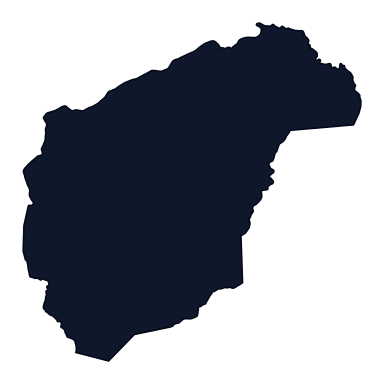 outline of Esquipulas del Norte, Olancho, Honduras
{"feature_id": "27666195B82865348656076", "entity_name": "Esquipulas del Norte", "entity_type": "district", "adm_level": 2, "iso_a3": "HND", "parent_name": "Honduras", "parent_adm1": "Olancho", "projection": "albers", "projection_center": [-86.526, 15.273], "detail": "fine", "context": "isolated", "style": "filled", "palette": "ink", "viewbox_px": 384, "rotation_deg": 0, "n_neighbors": 0, "source": "geoboundaries", "source_scale": "gbopen_adm2", "svg_char_len": 5768}
<svg xmlns="http://www.w3.org/2000/svg" viewBox="0 0 384 384"><path d="M242.6,282.7L241.0,235.5L241.9,235.3L245.2,233.3L246.2,232.1L249.1,227.8L249.7,225.6L250.0,223.8L249.8,221.9L249.2,220.2L249.2,219.0L250.3,217.4L251.1,214.7L252.0,213.6L253.3,211.4L253.1,210.1L252.5,208.7L252.8,207.2L253.6,205.7L254.0,205.4L255.1,205.0L256.4,204.1L258.7,201.8L260.3,200.0L260.8,199.3L261.6,197.6L261.8,196.5L261.8,195.1L261.4,192.1L261.7,190.6L262.5,190.3L266.2,189.9L267.6,189.5L267.8,188.8L267.9,187.3L268.2,186.3L270.0,184.9L272.6,183.7L273.3,182.7L273.4,181.6L272.7,180.4L271.3,178.7L269.5,177.1L269.1,176.3L269.6,175.6L272.6,173.3L273.6,172.3L273.9,171.6L273.9,170.9L273.6,170.3L273.1,169.7L272.5,169.4L271.6,169.1L270.2,167.9L269.5,165.7L268.9,165.1L268.7,164.3L269.2,163.3L270.0,162.1L272.3,161.1L273.0,160.4L274.2,157.1L274.5,155.4L275.1,153.3L276.8,151.3L278.8,145.4L279.3,144.3L279.9,143.6L282.1,142.3L284.5,140.0L285.6,138.1L286.8,135.5L288.4,133.7L289.2,132.4L289.6,131.5L289.8,130.4L353.5,124.9L358.6,114.1L359.2,112.2L360.7,106.7L360.9,104.2L360.9,100.4L359.9,97.7L359.8,95.6L359.6,94.9L358.0,93.1L355.4,91.1L354.5,89.8L354.5,88.9L355.0,86.9L355.5,85.8L355.5,85.2L353.9,83.2L353.3,81.4L352.6,80.1L353.0,78.2L352.8,76.5L350.5,72.7L347.4,70.5L345.1,68.3L344.8,67.7L344.5,66.1L344.2,65.6L343.7,65.4L342.9,65.5L342.4,65.3L341.4,63.8L340.9,63.6L340.3,63.6L340.0,64.3L339.9,65.6L339.7,66.2L339.6,67.5L339.4,68.5L338.8,68.9L337.4,69.0L336.5,68.7L335.6,67.5L334.8,67.1L334.2,67.1L332.6,67.9L332.0,67.7L331.5,66.9L330.8,64.4L330.5,63.9L330.0,63.6L329.0,63.6L325.8,64.4L324.0,64.2L321.7,63.5L320.1,63.9L319.7,63.8L319.6,63.5L319.6,63.1L320.3,61.5L320.4,60.7L320.4,60.2L320.1,59.7L319.5,59.3L318.8,59.3L318.1,59.6L317.3,60.3L316.8,60.4L316.0,60.2L315.6,59.6L315.7,58.4L317.0,56.7L317.3,56.1L317.2,54.1L316.9,52.6L315.1,51.0L313.5,49.7L311.4,48.3L310.1,47.7L309.4,47.2L309.4,46.8L310.2,46.2L310.0,45.1L308.3,44.1L308.0,43.5L308.8,41.1L308.7,40.0L307.8,38.7L305.9,36.8L305.1,36.2L303.7,32.3L303.2,31.5L302.5,30.9L300.7,30.6L299.3,30.7L295.1,30.5L293.8,29.9L292.3,29.7L291.5,29.2L289.8,29.0L288.3,28.0L286.6,28.7L286.0,28.7L284.8,28.0L283.9,27.2L282.6,26.4L282.1,26.3L281.8,26.4L279.9,28.1L278.7,28.0L277.8,27.6L276.7,26.8L275.3,26.3L274.5,25.7L273.8,24.8L273.1,24.4L272.4,24.5L271.2,25.7L270.4,26.0L269.3,26.1L265.1,25.8L263.7,25.3L260.1,23.2L259.6,23.0L258.5,23.2L257.3,23.5L256.7,23.8L256.4,24.4L256.4,25.0L256.9,25.6L258.4,26.3L260.3,27.5L261.0,28.4L261.2,29.6L261.1,31.9L260.7,33.3L260.2,34.2L259.2,35.4L257.2,36.9L255.9,37.4L253.2,37.6L248.9,37.3L246.9,37.4L244.6,37.7L241.0,39.0L239.8,39.7L238.8,40.7L237.5,43.0L236.9,43.9L235.0,45.2L233.8,46.3L232.8,46.8L232.4,47.7L231.8,48.2L230.9,48.1L229.7,47.5L228.6,47.2L227.4,47.5L225.8,48.3L224.8,48.5L222.8,47.8L220.5,47.7L220.0,47.3L218.9,45.3L217.9,44.0L215.3,41.7L214.2,41.1L213.2,40.9L212.1,40.9L210.3,41.3L208.4,42.1L206.5,42.8L204.1,43.9L199.3,47.3L196.0,50.2L194.3,51.3L190.2,53.1L187.7,54.1L184.1,55.9L180.7,57.4L178.5,58.7L175.4,59.6L174.1,60.1L173.0,61.0L172.2,61.8L169.3,66.7L168.4,68.1L167.6,68.8L164.5,70.0L162.4,71.0L160.3,71.3L153.8,70.4L152.3,70.5L151.4,70.6L146.6,73.4L143.6,74.8L142.2,75.7L140.0,76.7L138.1,78.0L135.6,78.9L132.5,79.6L126.8,81.8L124.6,82.8L119.3,86.0L115.4,88.9L111.7,90.4L109.5,91.2L108.6,91.7L107.9,92.5L104.8,97.4L100.3,101.2L98.2,103.2L93.9,105.7L90.6,107.2L89.2,107.5L83.4,110.7L82.4,110.9L76.4,109.9L74.6,110.1L72.4,110.9L71.8,110.8L69.9,109.4L68.9,108.8L67.9,107.8L65.9,106.2L65.3,105.9L64.6,105.9L62.1,106.6L61.0,107.2L59.5,108.3L57.3,109.3L54.7,110.7L47.7,112.8L46.0,113.8L45.5,114.6L45.4,115.1L44.8,115.6L43.8,116.8L43.5,117.5L43.6,118.6L46.2,123.0L46.6,124.1L46.7,124.8L46.5,125.9L45.4,129.3L45.8,133.4L45.4,135.3L45.2,139.7L44.6,141.7L43.6,143.9L43.2,145.2L41.8,147.9L41.4,149.0L41.5,149.9L42.3,152.4L42.4,153.3L42.3,154.1L41.9,154.7L41.1,155.2L38.0,156.0L37.3,156.4L30.7,162.1L28.4,164.3L24.8,168.2L23.9,169.6L23.4,170.9L23.5,172.6L24.4,174.9L24.8,177.1L25.2,178.1L25.8,180.1L26.7,182.1L27.2,184.3L29.1,188.0L29.5,189.4L29.7,191.3L29.4,193.2L29.4,195.6L30.8,198.7L32.4,201.2L33.4,202.3L33.5,203.3L32.4,204.9L31.9,205.3L31.4,205.4L29.7,205.3L29.0,205.3L28.3,205.9L23.9,225.5L23.1,251.1L25.4,259.8L26.5,260.8L27.0,261.4L27.5,263.6L27.9,266.3L28.3,269.9L28.8,271.4L29.4,274.9L29.8,276.2L30.2,276.8L30.6,277.0L32.7,277.5L34.8,278.4L36.9,278.2L37.6,278.3L40.5,280.0L41.0,280.0L42.8,278.9L43.4,278.8L45.2,280.1L46.3,280.1L47.2,280.5L47.9,281.0L48.3,281.6L48.9,283.4L48.9,284.6L48.7,285.2L47.2,286.1L46.9,286.6L46.7,287.1L46.9,287.9L47.8,289.0L48.0,289.8L47.7,290.2L46.3,290.7L46.0,291.3L46.0,292.3L46.4,294.7L46.4,295.3L45.6,297.3L45.5,299.9L44.7,301.8L43.9,304.2L43.7,305.7L43.3,306.7L43.3,307.5L43.6,308.5L44.2,309.3L45.2,309.8L45.5,310.5L45.5,311.3L45.6,311.6L47.6,312.6L48.1,313.4L48.8,314.0L50.8,315.3L51.9,315.5L53.1,316.3L55.8,318.8L56.9,320.3L57.5,321.5L58.0,321.7L60.4,321.4L60.9,322.2L61.5,323.9L61.5,324.4L60.8,326.2L61.1,327.5L62.0,327.8L62.7,328.2L64.6,330.0L64.8,330.5L65.2,332.9L66.2,334.3L67.0,336.8L68.0,337.3L72.7,339.0L74.7,340.6L75.8,344.6L76.3,347.8L76.3,350.7L75.7,352.5L108.6,361.0L134.4,334.5L170.1,327.1L172.7,326.2L173.7,324.7L174.3,324.3L176.6,323.4L178.0,323.2L179.3,322.6L182.7,319.7L184.1,318.9L184.7,318.8L187.3,318.7L190.1,318.9L192.3,318.4L195.3,317.2L196.8,316.3L197.4,315.6L197.4,314.8L197.9,313.5L198.0,311.2L198.4,309.8L198.3,307.7L198.5,307.3L198.8,307.0L201.2,306.2L202.2,305.1L204.6,304.3L205.5,303.7L210.1,295.6L211.6,293.6L212.6,291.9L214.5,291.3L216.2,290.4L217.2,289.6L218.6,288.9L220.8,288.9L221.6,288.7L224.2,287.6L225.5,287.8L226.6,287.6L227.3,287.9L228.2,287.6L229.9,287.3L230.5,287.4L231.2,287.9L233.2,288.2L233.9,288.1L236.4,286.7L237.1,286.2L237.4,285.8L239.0,285.2L242.6,282.7Z" fill="#0f172a" stroke="#020617" stroke-width="1.5"/></svg>